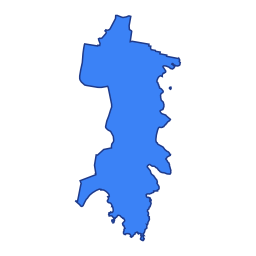 the district of Randwick, New South Wales, Australia
{"feature_id": "25037944B39404082196295", "entity_name": "Randwick", "entity_type": "district", "adm_level": 2, "iso_a3": "AUS", "parent_name": "Australia", "parent_adm1": "New South Wales", "projection": "orthographic", "projection_center": [151.246, -33.946], "detail": "fine", "context": "isolated", "style": "filled", "palette": "blue", "viewbox_px": 256, "rotation_deg": 0, "n_neighbors": 0, "source": "geoboundaries", "source_scale": "gbopen_adm2", "svg_char_len": 5951}
<svg xmlns="http://www.w3.org/2000/svg" viewBox="0 0 256 256"><path d="M95.4,173.6L95.8,174.7L80.1,180.7L81.2,183.7L80.8,184.7L78.5,196.5L77.4,201.8L76.0,200.8L75.7,201.2L79.7,204.7L80.6,205.9L81.4,206.4L82.0,206.4L83.0,205.7L84.6,202.4L86.2,199.4L87.5,198.1L88.4,196.7L89.9,194.9L92.7,192.6L96.3,190.4L99.4,189.1L100.2,189.2L100.6,189.8L101.1,189.5L101.3,189.6L101.2,190.0L101.3,190.0L101.7,189.6L102.1,189.9L103.4,190.0L104.3,190.3L106.0,191.4L107.4,192.6L108.8,194.2L109.3,196.1L108.7,197.0L108.3,197.2L107.9,196.6L107.7,196.7L108.5,197.8L108.3,199.3L107.5,200.3L107.6,201.1L107.4,201.2L107.7,201.9L108.5,202.6L110.5,203.1L111.1,203.7L112.0,205.5L111.8,206.3L112.2,206.1L112.8,207.3L113.2,209.7L113.2,210.9L112.9,211.7L112.2,212.5L111.7,212.5L110.8,211.9L110.2,212.7L109.6,212.6L108.9,212.9L108.9,213.1L109.9,213.1L109.1,213.7L109.1,214.2L108.8,214.1L108.6,214.7L109.1,215.4L109.2,216.0L111.0,215.7L112.1,216.1L114.1,218.6L113.9,219.2L113.1,220.0L112.5,220.2L112.2,219.9L111.9,220.1L112.0,220.4L111.8,220.6L111.9,221.2L112.3,222.0L113.1,222.1L113.2,222.4L113.4,222.5L113.3,222.8L113.7,222.7L114.0,222.1L114.3,220.6L114.5,220.4L114.5,219.8L114.0,219.2L114.3,218.6L115.0,217.8L115.3,218.0L115.3,217.7L116.6,217.1L117.6,215.5L118.5,215.3L120.1,215.7L121.4,217.2L122.3,217.6L122.7,218.3L123.5,218.2L123.5,218.6L124.1,219.1L124.7,220.2L124.6,221.1L122.9,222.9L122.5,223.7L123.1,225.5L123.4,225.7L123.8,225.7L124.3,227.1L125.0,228.4L124.4,228.7L124.0,229.4L124.0,230.8L123.5,231.8L123.5,233.3L124.3,234.4L124.9,234.3L125.5,234.5L125.7,233.9L127.1,233.5L128.2,233.8L128.6,233.6L129.2,233.7L129.4,234.0L130.2,234.4L130.9,235.9L130.5,236.2L130.7,236.4L130.5,236.5L130.6,236.8L131.6,237.2L131.9,236.7L132.8,236.3L133.4,235.2L134.1,234.5L134.9,234.2L135.3,232.8L136.0,232.8L136.4,232.3L137.3,232.1L137.7,232.3L137.9,232.7L137.8,233.2L138.4,234.0L138.6,234.0L139.1,233.4L140.6,233.5L141.1,233.8L141.1,234.4L140.8,234.9L141.0,235.0L140.9,235.9L141.3,236.4L141.6,236.3L140.5,238.6L140.5,239.2L141.6,240.1L141.9,240.0L142.9,240.6L143.2,240.2L143.5,240.2L144.1,239.1L143.8,238.9L144.1,238.4L143.7,238.1L143.4,237.3L143.3,236.1L143.8,235.9L143.8,235.7L143.3,235.6L143.4,235.1L143.8,235.2L142.9,234.0L143.6,233.5L143.8,233.0L144.1,232.9L144.5,232.1L144.6,231.4L144.9,230.9L145.0,229.5L145.5,229.3L146.3,228.4L146.8,228.2L146.9,227.7L146.6,227.0L147.1,224.9L146.8,224.5L147.3,224.6L147.7,224.2L147.9,223.5L147.9,222.5L149.4,219.6L149.4,218.7L149.0,218.0L149.3,217.4L149.3,216.8L148.4,216.1L147.9,215.1L148.4,214.6L148.5,213.5L148.3,212.4L147.5,211.5L147.6,209.8L148.9,208.9L149.2,207.2L150.0,206.8L151.1,203.5L150.8,202.6L150.9,202.2L150.1,201.7L149.7,201.1L149.7,200.9L150.6,200.6L150.4,200.2L151.0,200.6L151.2,200.2L151.1,199.9L150.6,199.9L150.5,199.0L150.3,198.9L150.4,198.7L150.1,198.0L149.9,197.8L149.4,198.0L148.7,197.3L147.7,197.4L146.9,197.2L146.2,195.9L146.4,195.2L146.2,194.7L146.9,194.1L148.0,193.8L149.4,194.0L150.0,193.7L151.2,193.4L152.5,192.6L153.5,192.4L153.9,191.8L153.7,191.1L157.5,190.9L157.3,190.1L158.6,189.5L159.1,188.3L159.0,186.5L156.9,183.1L157.4,182.2L156.8,180.0L155.1,178.0L154.8,177.3L154.1,176.6L153.8,175.9L151.8,174.4L151.0,173.3L150.2,170.6L147.2,166.9L147.4,166.0L148.9,164.6L149.8,164.5L152.2,166.2L154.0,166.2L155.0,166.6L155.8,167.5L157.2,168.2L158.5,170.1L159.5,170.9L160.1,171.7L161.6,172.4L163.3,172.8L163.8,172.6L167.1,173.9L169.5,174.1L170.2,174.0L170.8,172.8L170.7,170.9L170.9,170.2L170.6,169.6L169.8,166.6L169.5,166.1L169.5,164.7L169.1,163.8L169.0,163.1L167.6,161.8L167.0,160.4L165.8,159.1L166.0,158.5L166.5,158.3L167.2,157.0L170.3,155.3L170.5,154.4L169.6,154.1L169.4,153.1L168.2,151.8L167.0,151.3L164.8,149.5L163.1,147.1L158.0,144.3L157.6,143.7L157.3,142.9L156.7,142.6L156.3,142.1L155.9,140.5L155.9,139.1L156.4,134.9L157.7,129.8L158.5,127.9L159.3,127.2L161.2,127.5L162.7,127.2L162.9,126.8L163.8,126.6L164.7,125.2L165.7,124.6L165.9,124.0L166.5,123.6L167.6,121.9L168.8,121.3L169.1,120.8L169.7,120.6L170.4,119.4L166.6,116.1L165.9,115.4L165.8,115.1L161.9,113.7L160.8,112.7L160.0,111.1L160.2,110.7L161.2,110.1L162.9,109.5L162.9,109.0L163.3,108.6L163.2,108.3L163.9,106.8L163.9,104.3L163.6,103.7L163.3,102.2L161.2,100.1L160.6,97.1L160.7,96.7L160.5,95.7L160.8,94.1L161.6,93.2L162.9,92.5L163.2,91.4L162.9,90.7L161.5,89.1L160.6,88.4L159.6,88.1L159.4,87.5L159.5,87.0L158.5,85.0L158.6,84.5L158.0,83.7L157.8,82.6L156.9,81.9L157.0,80.4L157.8,78.3L158.7,76.9L160.4,75.7L162.3,76.5L162.2,75.2L163.0,73.5L163.6,73.3L163.6,73.1L164.2,73.1L164.7,72.4L165.4,72.4L165.7,71.8L165.7,71.0L162.9,66.8L163.2,66.1L164.1,65.8L166.0,66.0L168.9,67.1L170.5,68.5L172.5,69.0L173.7,68.2L174.7,66.7L173.5,65.3L171.8,64.2L172.1,63.6L172.5,63.5L173.3,64.0L173.3,64.4L173.6,64.7L176.1,65.8L177.7,66.0L179.1,65.5L179.9,64.8L180.0,63.4L180.3,62.6L179.3,61.6L179.7,60.2L179.4,60.0L179.5,59.5L178.8,58.3L178.7,58.5L177.1,58.3L166.6,56.3L166.8,55.1L159.8,53.8L160.2,52.1L155.7,51.3L155.3,50.4L151.2,49.7L150.5,48.1L150.8,46.2L148.7,45.9L149.0,44.2L132.2,41.3L130.2,41.7L131.7,31.4L131.5,30.9L129.4,29.5L129.1,25.8L130.8,16.4L129.0,15.9L128.5,16.0L126.4,16.9L123.0,17.5L121.5,17.1L117.1,15.4L115.7,15.5L115.5,18.6L110.1,28.8L109.3,29.6L107.9,30.2L106.8,30.2L105.9,29.8L105.0,30.9L105.7,31.4L106.1,32.0L106.2,32.8L105.8,33.6L101.9,38.1L100.8,38.4L99.7,38.2L98.5,38.8L98.8,40.2L100.1,43.6L99.7,45.5L97.9,45.2L97.7,46.0L84.7,43.9L84.4,44.7L83.7,48.4L83.0,53.6L82.3,62.6L80.7,70.0L79.7,76.0L79.7,78.6L80.1,80.0L81.4,82.0L84.7,85.0L86.8,85.5L97.6,87.3L99.5,87.4L101.4,87.4L107.6,86.3L108.1,87.2L108.4,88.2L111.6,104.2L111.7,107.0L110.6,110.0L108.7,116.1L106.8,121.0L105.6,126.6L105.7,127.4L106.4,128.5L108.2,130.1L110.5,131.3L111.0,132.0L113.3,136.3L113.7,140.3L113.6,141.2L113.2,142.1L111.8,144.0L111.4,146.4L111.5,147.9L103.7,149.5L97.5,155.1L96.2,154.9L94.5,165.2L95.8,173.5L95.4,173.6ZM170.0,89.0L170.6,89.3L170.8,89.0L171.0,88.5L170.2,88.3L171.0,87.5L171.0,87.2L170.3,87.1L169.6,87.5L169.4,88.2L170.0,89.0Z" fill="#3b82f6" stroke="#1e3a8a" stroke-width="1.5"/></svg>